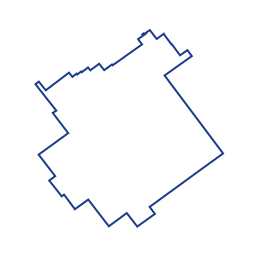 the district of Pehuajó, Buenos Aires, Argentina, rotated 188°
{"feature_id": "61730980B33030242655186", "entity_name": "Pehuajó", "entity_type": "district", "adm_level": 2, "iso_a3": "ARG", "parent_name": "Argentina", "parent_adm1": "Buenos Aires", "projection": "robinson", "projection_center": [-61.837, -35.91], "detail": "fine", "context": "isolated", "style": "outline", "palette": "blue", "viewbox_px": 256, "rotation_deg": 188, "n_neighbors": 0, "source": "geoboundaries", "source_scale": "gbopen_adm2", "svg_char_len": 789}
<svg xmlns="http://www.w3.org/2000/svg" viewBox="0 0 256 256"><g transform="rotate(188 128 128)"><path d="M169.3,40.2L157.4,51.6L133.3,28.0L117.4,43.6L105.1,31.7L89.4,46.7L95.6,52.9L48.8,98.2L30.3,116.0L99.1,185.1L74.8,208.1L80.0,213.4L86.6,207.2L96.4,217.2L96.7,216.9L105.2,225.6L105.6,226.3L112.0,220.2L120.0,228.0L123.7,224.6L123.3,224.1L124.7,222.8L125.7,223.8L126.9,222.7L125.8,221.7L130.4,217.4L127.8,214.8L125.7,212.8L151.9,188.0L152.7,188.7L159.6,182.0L165.5,187.6L173.3,179.9L176.0,182.4L181.5,176.8L182.2,177.5L185.7,173.9L186.5,174.7L190.2,170.9L194.1,174.6L214.7,153.9L222.8,161.5L225.7,158.5L221.7,154.6L201.4,135.2L204.6,132.5L186.5,114.6L212.8,89.2L193.4,70.2L198.7,65.0L184.1,51.1L182.1,53.1L181.1,52.2L169.3,40.2Z" fill="none" stroke="#1e3a8a" stroke-width="2"/></g></svg>